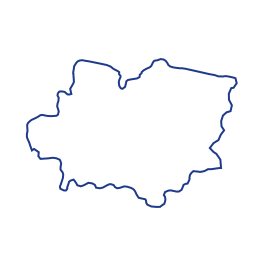 outline of Kruhlaye, Mogilev, Belarus, rotated 192°
{"feature_id": "67162791B94243355622129", "entity_name": "Kruhlaye", "entity_type": "district", "adm_level": 2, "iso_a3": "BLR", "parent_name": "Belarus", "parent_adm1": "Mogilev", "projection": "albers", "projection_center": [29.746, 54.199], "detail": "fine", "context": "isolated", "style": "outline", "palette": "blue", "viewbox_px": 256, "rotation_deg": 192, "n_neighbors": 0, "source": "geoboundaries", "source_scale": "gbopen_adm2", "svg_char_len": 2756}
<svg xmlns="http://www.w3.org/2000/svg" viewBox="0 0 256 256"><g transform="rotate(192 128 128)"><path d="M217.3,86.1L215.6,88.0L210.3,85.8L209.8,81.8L207.2,79.6L199.8,81.7L196.7,82.8L195.1,83.3L191.8,83.5L188.2,82.8L187.3,81.7L186.0,79.4L185.8,75.4L185.3,73.2L182.8,71.1L181.7,69.1L181.3,65.7L181.8,60.6L182.4,56.3L181.5,54.5L177.7,53.6L175.7,54.0L174.8,55.8L175.1,57.4L174.6,61.2L174.4,63.3L173.0,64.8L170.5,66.2L168.5,64.6L167.0,63.0L165.6,61.4L162.0,61.2L160.4,62.1L159.1,63.0L156.9,64.8L155.5,66.1L151.5,66.4L148.6,65.5L146.8,63.0L143.0,63.2L140.2,64.5L138.0,66.4L136.5,67.7L134.4,69.2L132.6,69.5L130.2,69.2L128.4,67.5L126.1,66.8L123.7,67.7L121.4,69.0L119.6,70.1L116.5,70.4L112.2,70.0L109.5,69.0L107.7,67.3L105.7,64.6L103.0,61.9L99.2,61.9L96.3,61.9L95.4,61.0L94.5,58.5L93.1,57.0L88.8,56.1L83.9,56.7L80.3,57.5L78.6,59.5L76.8,61.3L76.5,63.5L76.5,65.7L77.5,68.4L79.0,69.8L78.4,73.1L75.4,75.2L73.0,75.9L70.1,75.9L67.2,75.9L64.9,76.5L62.7,78.8L62.2,81.5L61.8,84.0L59.8,85.5L58.2,86.0L57.3,89.6L57.2,91.2L57.6,92.1L57.6,94.9L56.7,97.2L55.1,99.4L52.2,99.7L48.2,100.1L45.6,101.1L43.7,102.2L41.1,104.4L38.4,104.9L35.3,106.0L33.0,106.9L28.8,108.3L28.7,108.3L31.1,116.3L36.2,121.1L39.3,122.3L43.8,125.4L41.2,131.0L37.0,135.0L35.8,140.9L33.5,145.7L36.9,149.1L38.3,154.2L37.7,159.9L34.9,163.8L31.2,165.8L31.1,171.8L35.1,176.6L36.5,182.5L35.3,188.5L33.1,189.3L31.0,194.4L33.2,199.0L34.7,199.2L38.6,199.3L42.0,199.2L43.9,198.9L46.0,198.1L50.4,197.3L54.4,197.8L59.3,197.6L73.1,197.8L83.9,197.9L87.3,197.7L89.8,197.2L93.1,196.9L96.6,196.7L99.6,197.0L101.6,198.0L103.0,199.7L105.2,201.6L107.3,202.4L110.3,202.2L112.2,201.1L113.5,200.3L115.4,199.6L116.4,199.1L117.2,197.4L117.6,195.7L118.0,194.0L118.8,192.5L120.4,191.1L122.0,190.0L124.0,188.3L125.4,186.8L126.2,185.5L126.2,184.4L127.5,182.4L127.3,180.2L129.6,178.3L132.5,177.2L135.6,176.0L138.1,174.9L139.3,173.4L139.3,171.2L139.4,167.7L141.5,165.2L143.4,165.4L145.3,167.4L146.6,171.1L146.5,173.5L145.9,176.2L146.2,177.5L147.9,178.7L148.2,180.8L150.0,181.6L152.4,182.2L154.7,182.9L157.8,184.5L162.0,185.2L167.5,185.2L179.5,185.1L183.3,184.9L186.9,184.8L189.2,184.0L191.1,182.7L192.1,181.0L193.5,177.3L193.3,174.5L193.2,171.5L193.0,170.1L192.8,170.0L191.9,166.8L191.1,164.1L190.5,161.7L190.9,159.7L191.9,156.7L192.7,154.2L191.6,151.9L190.5,149.5L192.5,148.5L194.2,148.3L195.7,149.1L197.4,150.1L200.0,150.1L202.7,149.4L203.8,147.4L203.7,145.1L202.1,143.2L201.7,140.1L202.0,137.2L201.8,134.5L200.2,131.7L199.2,129.8L199.3,126.5L200.5,125.1L205.2,123.7L209.7,123.0L214.1,123.0L216.3,122.4L218.3,120.3L221.0,118.1L223.9,116.0L225.3,114.4L226.8,112.2L227.3,110.1L226.6,107.5L226.2,106.1L225.6,103.7L225.7,101.3L225.0,98.1L223.6,95.9L221.7,93.4L219.8,90.1L217.3,86.1Z" fill="none" stroke="#1e3a8a" stroke-width="2"/></g></svg>